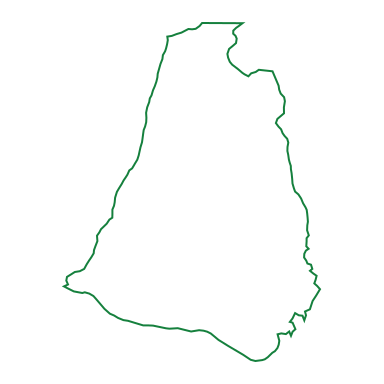 Iepê, São Paulo, Brazil (Robinson projection)
{"feature_id": "56859067B81358319526354", "entity_name": "Iepê", "entity_type": "district", "adm_level": 2, "iso_a3": "BRA", "parent_name": "Brazil", "parent_adm1": "São Paulo", "projection": "robinson", "projection_center": [-51.054, -22.634], "detail": "fine", "context": "isolated", "style": "outline", "palette": "green", "viewbox_px": 384, "rotation_deg": 0, "n_neighbors": 0, "source": "geoboundaries", "source_scale": "gbopen_adm2", "svg_char_len": 2595}
<svg xmlns="http://www.w3.org/2000/svg" viewBox="0 0 384 384"><path d="M308.8,235.4L307.1,230.3L307.3,225.3L307.9,221.8L307.6,217.7L307.2,213.6L306.7,209.9L305.5,207.3L303.1,203.3L301.1,198.5L298.4,194.4L295.1,191.6L293.9,188.3L292.5,183.5L292.2,179.0L291.6,173.2L290.9,169.1L290.8,165.9L289.7,162.6L288.9,159.6L288.2,154.7L287.4,151.0L287.5,147.0L288.3,142.6L287.2,138.8L284.6,136.0L282.6,133.2L281.1,129.3L278.5,126.6L275.9,123.1L277.4,118.9L284.0,113.3L283.9,107.4L284.9,101.2L284.1,97.2L280.7,93.6L279.2,89.7L278.6,85.7L272.5,71.3L258.8,69.8L255.7,72.0L251.2,73.3L248.4,76.3L244.5,74.3L242.3,72.8L238.1,69.2L232.2,64.7L229.8,61.8L228.1,57.6L227.4,53.9L229.1,48.9L233.0,45.7L236.0,43.1L236.7,38.6L235.5,35.8L233.2,33.7L233.3,30.6L236.2,27.8L238.8,26.0L242.5,23.2L202.1,23.0L199.6,26.0L195.7,28.8L192.1,29.3L188.4,29.0L185.5,30.5L181.5,32.6L176.5,34.1L171.8,35.9L167.3,36.6L167.8,40.1L167.1,44.2L166.1,48.3L165.1,51.3L162.9,55.1L162.4,59.1L160.5,63.9L159.2,68.5L157.7,73.8L157.4,77.4L156.4,81.6L154.8,86.2L153.0,90.3L151.5,95.4L149.8,98.4L149.2,102.1L147.2,107.3L146.1,112.8L146.4,117.8L146.2,122.2L145.1,126.5L143.7,130.0L143.2,133.5L142.5,138.8L142.0,142.3L140.5,147.2L139.5,151.7L138.7,155.4L137.3,159.7L135.1,163.3L133.6,165.9L132.1,168.4L129.3,170.4L127.4,174.7L125.6,177.5L123.6,180.4L121.7,184.0L119.0,188.3L116.9,191.9L115.1,197.7L114.7,202.2L114.0,205.8L112.4,209.6L112.4,214.3L112.3,217.7L109.4,219.6L106.7,223.7L103.3,227.0L101.0,229.2L99.4,232.3L97.0,235.7L97.4,241.1L95.5,246.0L94.0,250.1L93.7,253.3L91.3,257.3L89.1,260.5L86.7,264.3L84.2,268.9L79.8,271.2L74.8,272.0L71.2,274.3L67.0,276.9L66.3,280.6L68.0,284.5L64.0,286.4L67.4,288.2L73.8,291.4L82.3,293.0L84.8,292.3L89.3,293.6L93.4,296.0L95.9,298.8L99.4,302.9L104.4,308.8L109.9,313.7L114.1,315.5L118.0,317.9L123.4,320.1L128.0,320.8L143.2,325.4L148.1,325.4L153.0,325.6L166.0,328.3L169.4,328.7L177.8,328.2L191.1,331.5L199.1,330.2L203.6,330.7L207.2,331.7L210.8,333.5L218.5,339.9L227.8,345.7L243.2,354.8L250.7,359.8L255.4,361.0L262.2,360.1L264.8,359.3L267.8,357.2L272.3,352.8L274.9,351.2L277.4,348.1L278.7,344.7L279.3,340.8L277.6,334.3L281.3,333.4L285.9,334.1L289.2,331.5L291.0,335.8L292.6,331.7L295.4,329.2L292.6,322.7L289.9,321.9L292.5,318.5L295.1,313.1L298.8,315.3L302.5,315.7L304.3,320.4L306.0,315.3L305.0,311.5L309.9,309.3L312.6,301.0L316.2,295.5L320.0,289.2L317.2,286.0L314.3,283.4L315.6,279.8L316.6,275.8L313.3,273.5L310.0,270.8L312.3,268.9L311.0,264.7L307.4,263.5L306.3,260.7L304.1,257.5L304.3,253.8L305.9,250.6L308.6,248.8L306.3,246.3L306.6,241.4L306.6,238.2L308.8,235.4Z" fill="none" stroke="#15803d" stroke-width="2"/></svg>